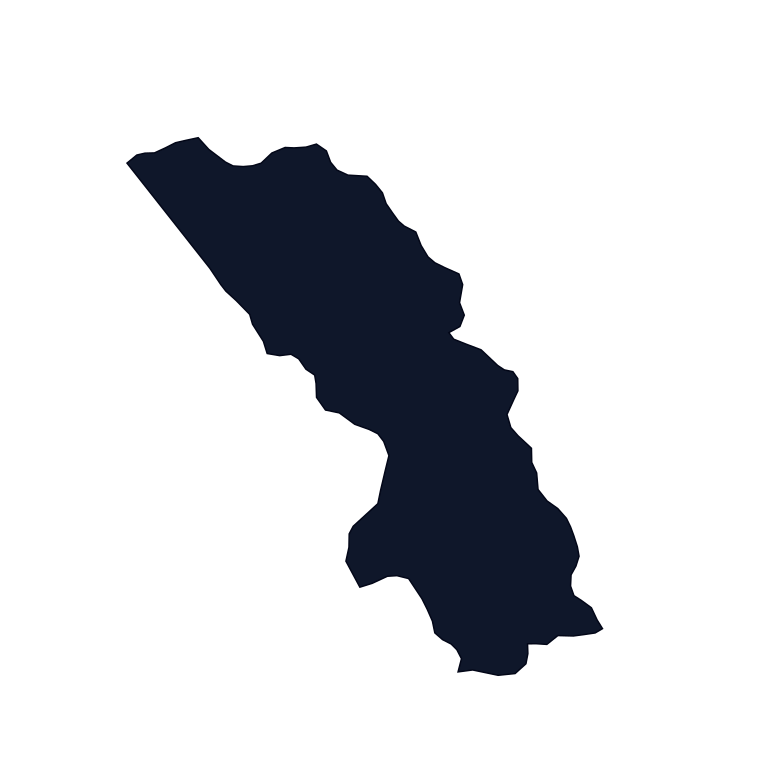 Dobrada, São Paulo, Brazil, rotated 241°
{"feature_id": "56859067B78643306619002", "entity_name": "Dobrada", "entity_type": "district", "adm_level": 2, "iso_a3": "BRA", "parent_name": "Brazil", "parent_adm1": "São Paulo", "projection": "orthographic", "projection_center": [-48.364, -21.515], "detail": "fine", "context": "isolated", "style": "filled", "palette": "ink", "viewbox_px": 768, "rotation_deg": 241, "n_neighbors": 0, "source": "geoboundaries", "source_scale": "gbopen_adm2", "svg_char_len": 1690}
<svg xmlns="http://www.w3.org/2000/svg" viewBox="0 0 768 768"><g transform="rotate(241 384 384)"><path d="M569.7,287.8L549.8,289.5L541.9,290.7L528.6,295.2L510.0,300.3L500.0,298.0L479.8,299.2L467.3,296.6L459.4,306.5L455.1,317.1L447.4,321.6L434.8,322.9L425.4,327.7L417.3,324.8L405.0,318.5L389.6,320.2L380.4,330.9L362.9,338.9L351.7,348.8L343.5,354.5L333.9,355.9L319.0,353.6L308.2,343.6L292.8,329.6L282.3,320.6L274.5,288.1L269.8,280.9L258.2,274.2L247.5,264.8L218.0,264.4L215.4,277.0L214.2,293.8L210.1,302.4L201.9,311.2L177.8,313.1L166.1,312.6L153.2,311.4L141.7,307.8L132.0,311.3L124.0,316.7L116.3,318.9L106.2,318.6L96.3,309.2L90.9,322.9L73.9,342.6L67.2,358.3L70.5,372.5L78.4,379.1L87.2,383.6L83.0,391.3L77.3,400.2L79.7,414.1L71.8,427.5L68.1,436.9L63.9,448.0L64.1,456.5L74.4,456.0L87.7,456.9L99.2,451.6L106.8,447.5L116.8,449.2L126.4,455.1L131.7,463.6L138.8,471.1L147.9,474.2L159.5,476.5L168.6,477.9L178.1,478.4L190.8,475.6L202.7,469.9L217.1,467.6L232.2,474.4L243.8,475.2L256.3,481.8L273.8,476.1L284.4,473.8L297.7,476.8L307.7,490.3L313.1,497.8L323.9,503.6L332.3,502.7L338.0,496.1L345.1,492.4L366.8,485.5L379.6,474.7L389.4,466.7L397.5,465.6L397.5,478.3L405.3,487.6L418.5,489.5L432.8,501.0L443.9,502.9L456.4,493.5L465.5,487.2L473.9,484.1L487.1,483.6L501.5,485.5L512.4,478.2L519.5,475.6L529.5,474.4L540.7,473.3L551.9,475.3L562.7,473.4L573.9,469.9L584.2,453.7L593.9,446.6L603.8,444.8L615.8,446.6L626.6,441.2L629.0,430.6L634.1,419.8L638.8,412.2L640.4,397.9L636.7,383.6L638.6,374.8L642.4,366.3L647.9,357.7L655.0,352.9L674.1,344.5L689.5,340.9L693.2,328.7L696.1,318.6L696.5,307.3L697.4,295.3L701.8,286.8L704.1,278.8L701.8,266.3L569.7,287.8Z" fill="#0f172a" stroke="#020617" stroke-width="1.5"/></g></svg>